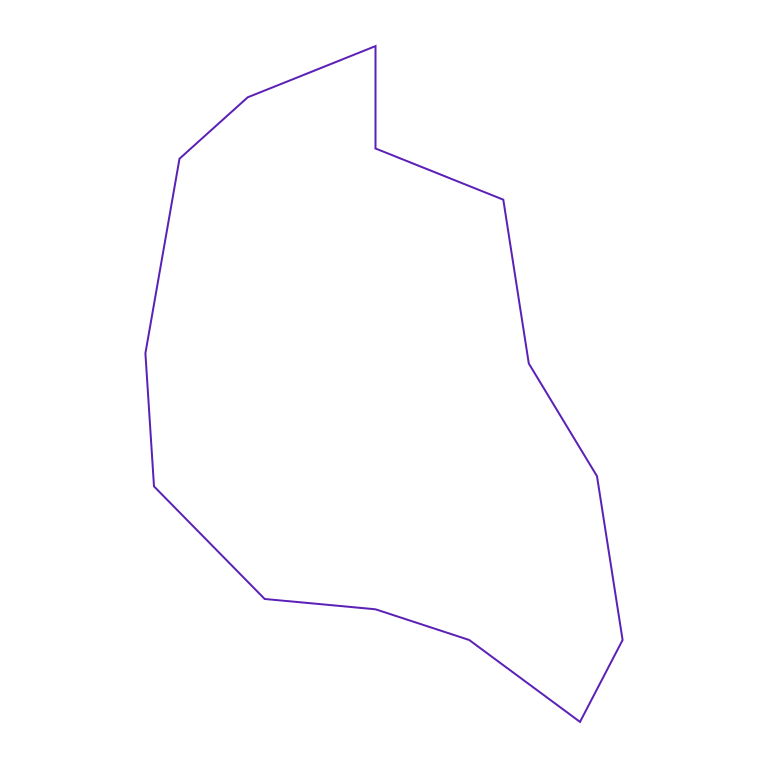 the state/province of Għargħur
{"feature_id": "MLT-5932", "entity_name": "Għargħur", "entity_type": "state/province", "adm_level": 1, "iso_a3": "MLT", "parent_name": "Malta", "parent_adm1": "", "projection": "robinson", "projection_center": [14.455, 35.919], "detail": "fine", "context": "isolated", "style": "outline", "palette": "violet", "viewbox_px": 768, "rotation_deg": 0, "n_neighbors": 0, "source": "natural_earth", "source_scale": "10m", "svg_char_len": 305}
<svg xmlns="http://www.w3.org/2000/svg" viewBox="0 0 768 768"><path d="M264.7,599.0L154.0,486.4L145.4,353.3L179.5,158.7L247.7,97.3L375.5,46.1L375.5,148.5L503.3,199.7L528.8,363.5L597.0,476.2L622.6,640.0L580.0,721.9L469.2,640.0L375.5,609.3L264.7,599.0Z" fill="none" stroke="#5b21b6" stroke-width="2"/></svg>